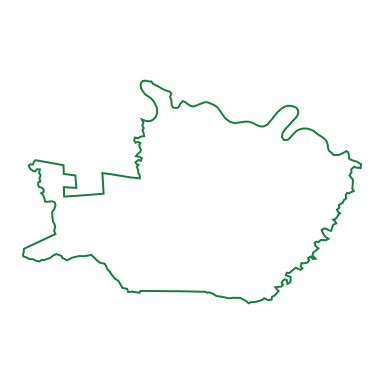 the district of Chopinzinho, Paraná, Brazil
{"feature_id": "56859067B45195642460777", "entity_name": "Chopinzinho", "entity_type": "district", "adm_level": 2, "iso_a3": "BRA", "parent_name": "Brazil", "parent_adm1": "Paraná", "projection": "mercator", "projection_center": [-52.452, -25.795], "detail": "fine", "context": "isolated", "style": "outline", "palette": "green", "viewbox_px": 384, "rotation_deg": 0, "n_neighbors": 0, "source": "geoboundaries", "source_scale": "gbopen_adm2", "svg_char_len": 4340}
<svg xmlns="http://www.w3.org/2000/svg" viewBox="0 0 384 384"><path d="M240.6,122.3L234.5,123.1L230.0,121.8L226.0,118.9L224.6,117.4L222.2,114.1L219.9,110.5L216.7,106.7L214.3,105.2L211.7,104.0L207.6,102.3L205.4,102.2L203.3,102.8L200.0,104.0L195.6,105.8L192.9,106.5L190.6,105.9L188.4,104.5L184.9,102.0L182.8,101.1L180.4,103.7L179.0,106.5L176.9,108.1L173.2,107.6L171.7,105.2L171.3,100.0L170.0,96.9L171.4,93.4L169.2,91.4L166.9,90.8L163.6,89.5L160.7,87.9L158.8,86.7L153.0,83.8L151.1,81.4L149.1,81.5L145.8,80.7L142.6,81.0L141.3,82.6L140.6,84.9L141.0,88.2L142.7,91.1L145.3,94.5L151.1,98.3L152.9,100.4L154.5,102.7L156.8,107.7L157.2,109.8L157.1,112.6L156.5,115.1L155.5,117.1L153.5,119.3L150.4,121.1L147.5,121.2L144.8,120.6L141.8,119.4L143.4,122.7L142.3,125.5L143.7,128.2L142.5,130.1L143.4,132.4L144.1,136.2L140.8,136.6L137.9,138.3L134.8,137.6L134.2,140.5L135.5,142.7L137.6,141.9L140.3,142.9L139.3,144.7L139.9,147.9L141.0,150.0L140.0,152.1L137.6,154.1L136.0,156.1L140.1,157.1L141.8,158.2L140.8,160.9L138.5,159.9L135.5,162.2L136.7,164.3L138.5,165.0L136.8,166.9L137.9,169.4L138.4,173.3L139.7,175.1L139.8,178.3L130.3,177.4L127.4,176.9L110.9,174.2L102.4,173.1L103.6,193.7L92.6,194.6L74.2,196.0L71.8,196.1L64.1,196.6L63.9,187.2L76.3,187.9L75.4,175.5L63.8,173.9L63.5,165.2L35.6,160.2L34.0,161.7L33.0,164.5L30.4,164.3L28.7,165.6L30.3,168.8L32.8,170.7L35.1,171.5L37.0,169.2L39.8,169.4L39.1,173.2L40.6,175.1L39.4,178.9L40.4,181.4L38.2,182.5L38.1,184.6L38.9,186.8L41.1,187.5L43.4,188.9L43.7,191.8L41.2,193.1L42.7,194.5L43.7,196.3L44.5,198.5L44.9,201.5L47.2,201.8L49.7,201.5L52.2,201.3L54.6,202.2L55.5,205.3L54.8,207.4L54.0,209.7L52.4,211.4L52.2,213.6L52.5,217.5L53.1,221.7L54.6,224.4L55.2,227.1L54.1,230.7L55.4,234.1L23.9,248.8L23.8,251.9L23.0,254.4L23.4,256.5L25.9,257.2L29.2,259.0L33.0,259.2L35.5,260.5L39.4,261.5L41.9,259.8L44.1,260.1L47.4,258.9L50.1,258.0L53.1,255.6L56.3,254.0L61.6,256.0L62.4,258.0L65.2,259.2L67.0,260.3L72.2,257.7L76.1,256.7L79.6,256.0L82.6,256.2L85.9,255.9L89.0,255.4L91.4,254.9L93.8,257.3L98.0,261.3L100.4,262.9L104.6,263.7L106.0,265.8L107.7,269.8L109.6,271.3L111.4,274.3L114.8,278.5L118.3,280.8L122.5,287.9L127.1,288.9L128.2,292.0L132.3,291.6L135.0,292.1L139.4,292.7L140.4,290.9L170.7,291.2L177.9,291.2L205.5,291.8L207.2,292.8L209.1,292.4L212.9,293.7L216.6,296.1L220.2,296.5L225.8,297.6L227.7,298.2L230.2,298.2L232.9,297.8L234.9,297.9L237.3,297.8L240.3,298.0L245.5,300.6L248.8,303.3L250.9,302.1L253.6,302.2L257.7,301.4L260.4,300.6L262.7,299.6L264.2,298.2L266.1,299.3L268.3,300.0L271.5,299.7L272.1,296.7L274.4,295.7L276.7,293.2L278.6,291.0L277.2,289.6L275.4,287.3L278.6,286.8L281.4,286.5L282.9,284.6L281.6,282.8L282.9,280.6L284.9,279.4L286.8,280.2L287.4,283.9L289.6,282.8L290.6,280.8L290.6,276.9L287.7,275.9L285.8,275.0L286.7,272.8L289.2,273.0L290.8,271.8L293.1,269.9L295.7,267.8L300.5,269.9L302.4,268.4L300.7,266.5L301.4,263.1L303.6,263.4L307.5,262.6L309.1,260.2L308.2,258.0L310.7,256.6L312.6,258.9L315.5,258.7L312.6,255.9L313.0,252.8L316.3,250.2L318.4,248.3L315.4,245.8L314.7,242.6L316.6,241.6L318.6,242.1L320.7,240.0L323.2,240.1L326.2,240.1L328.5,238.8L325.9,237.2L324.4,235.4L322.8,232.8L321.7,230.1L323.8,228.5L326.2,228.8L328.6,230.2L331.1,230.9L331.9,228.5L333.2,224.8L336.3,223.4L335.1,221.3L333.2,219.6L335.5,219.0L337.0,217.1L338.5,214.5L340.1,213.3L338.4,212.2L336.9,209.7L339.4,207.8L338.9,204.9L342.5,203.0L344.1,199.9L346.1,198.5L345.8,194.7L347.0,192.9L349.1,193.4L350.7,192.3L353.8,191.0L352.3,188.9L352.6,186.0L352.7,183.6L353.0,180.0L351.6,178.1L349.5,175.5L351.4,172.5L351.2,169.4L354.0,166.7L356.1,167.6L358.5,167.8L360.6,168.0L361.0,164.2L356.8,161.7L351.6,160.1L349.2,158.7L348.9,155.6L348.3,152.3L346.3,151.1L343.4,152.9L338.7,155.0L333.4,154.9L331.7,153.0L328.8,150.5L327.9,147.4L327.8,145.1L327.0,142.2L325.8,140.2L324.1,138.5L321.8,136.8L317.8,134.3L313.2,130.7L310.9,129.7L308.4,128.9L306.4,128.5L303.3,128.5L300.5,129.1L298.4,129.9L296.6,130.9L294.5,132.8L289.9,137.9L288.1,139.6L285.9,140.1L283.9,139.9L281.9,136.9L282.5,133.2L285.1,129.3L288.1,126.2L291.6,122.1L293.3,120.4L295.8,117.8L297.6,115.2L298.2,112.6L298.1,110.4L296.6,107.9L293.6,106.5L290.7,105.9L287.8,105.8L285.5,106.4L281.4,108.7L277.3,112.4L276.1,114.2L273.9,116.5L272.6,118.5L268.9,122.7L267.7,124.4L264.1,126.3L260.9,126.5L257.5,125.5L252.7,122.9L249.1,121.8L246.0,121.6L240.6,122.3Z" fill="none" stroke="#15803d" stroke-width="2"/></svg>